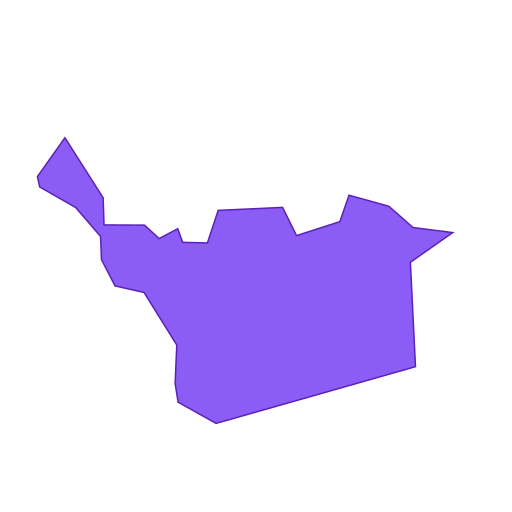 the district of Mayendit, Unity, South Sudan, rotated 258°
{"feature_id": "79223893B14659068163591", "entity_name": "Mayendit", "entity_type": "district", "adm_level": 2, "iso_a3": "SSD", "parent_name": "South Sudan", "parent_adm1": "Unity", "projection": "albers", "projection_center": [30.03, 8.125], "detail": "fine", "context": "isolated", "style": "filled", "palette": "violet", "viewbox_px": 512, "rotation_deg": 258, "n_neighbors": 0, "source": "geoboundaries", "source_scale": "gbopen_adm2", "svg_char_len": 551}
<svg xmlns="http://www.w3.org/2000/svg" viewBox="0 0 512 512"><g transform="rotate(258 256 256)"><path d="M238.0,453.3L251.2,415.5L277.0,396.3L295.2,361.4L296.1,359.6L272.2,345.2L267.5,299.9L298.0,292.1L308.5,228.5L278.9,211.2L284.6,187.1L299.0,185.1L293.2,164.9L309.4,153.3L318.0,113.8L344.7,118.6L411.4,93.7L379.1,58.7L368.5,58.8L340.9,89.7L307.5,108.0L284.6,104.1L256.0,111.9L243.6,138.9L185.4,160.0L148.2,150.4L129.2,149.4L100.6,182.1L104.8,244.8L114.6,389.0L217.8,405.7L238.0,453.3Z" fill="#8b5cf6" stroke="#5b21b6" stroke-width="1.5"/></g></svg>